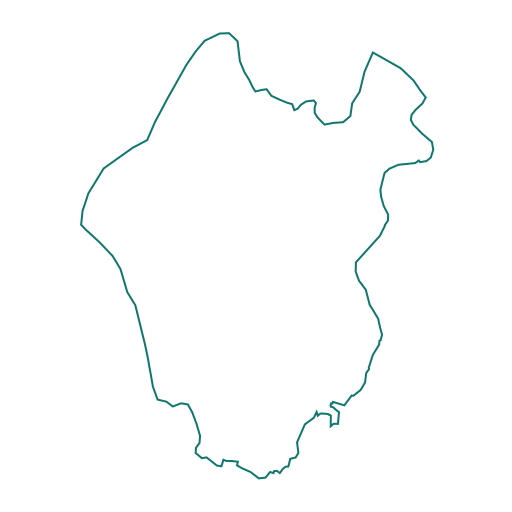 the district of Owensgrove, Grand Bassa, Liberia, rotated 181°
{"feature_id": "62588387B80284911734552", "entity_name": "Owensgrove", "entity_type": "district", "adm_level": 2, "iso_a3": "LBR", "parent_name": "Liberia", "parent_adm1": "Grand Bassa", "projection": "natural_earth1", "projection_center": [-10.306, 6.196], "detail": "fine", "context": "isolated", "style": "outline", "palette": "teal", "viewbox_px": 512, "rotation_deg": 181, "n_neighbors": 0, "source": "geoboundaries", "source_scale": "gbopen_adm2", "svg_char_len": 2581}
<svg xmlns="http://www.w3.org/2000/svg" viewBox="0 0 512 512"><g transform="rotate(181 256 256)"><path d="M234.7,39.2L234.2,41.2L231.4,41.6L229.4,40.1L228.4,39.4L226.1,42.6L225.6,43.5L222.8,45.8L220.0,46.1L219.7,47.3L218.2,53.8L212.9,55.2L210.2,59.8L211.7,70.4L209.2,76.4L204.2,88.5L195.3,95.3L192.7,101.1L191.8,98.4L191.4,97.4L190.7,98.1L189.4,99.2L187.9,99.7L186.5,99.6L184.1,99.5L181.1,99.2L180.3,98.5L179.6,98.5L178.4,97.7L178.3,87.1L175.5,89.6L171.1,89.6L170.8,94.6L170.3,101.3L172.8,103.1L175.6,105.6L177.0,106.5L178.4,106.6L178.4,107.0L178.8,107.5L178.8,108.2L178.3,110.0L177.1,109.8L176.4,111.5L173.5,110.6L169.3,109.4L165.1,108.2L157.9,118.2L156.3,117.9L151.4,121.9L149.2,123.7L144.8,131.3L143.7,141.0L141.0,144.9L141.2,145.7L141.3,146.2L138.2,156.7L137.4,159.2L131.4,169.5L131.0,173.5L129.9,174.0L129.2,176.9L128.6,179.5L130.4,185.6L132.8,195.5L136.6,201.6L139.2,205.7L141.5,209.2L145.6,224.1L152.6,233.1L154.7,238.6L156.1,242.4L156.0,245.7L156.0,251.0L156.0,251.4L137.4,272.7L132.7,278.0L127.7,288.3L127.8,289.0L124.7,293.7L124.6,298.7L124.6,299.7L129.2,308.3L131.9,317.3L132.1,318.9L132.8,324.5L132.3,326.5L131.3,331.1L128.9,341.3L124.2,345.6L117.9,348.5L115.3,349.7L98.4,351.7L94.9,354.3L93.5,352.7L87.2,353.9L84.7,356.0L83.0,357.4L80.6,365.4L82.1,373.0L92.0,381.2L97.7,386.8L101.0,390.0L103.6,394.9L102.9,399.9L100.3,403.2L99.3,404.6L98.4,405.5L92.1,411.6L89.1,417.5L94.3,424.0L101.5,434.2L114.5,446.2L139.9,460.0L142.7,461.5L150.7,442.1L155.2,422.1L162.5,410.3L164.1,397.5L171.3,391.3L181.1,390.4L189.7,388.6L192.1,390.8L195.3,394.0L197.0,395.8L199.8,400.1L200.0,405.3L198.7,409.9L201.0,412.5L208.6,411.4L213.9,407.9L216.9,404.0L220.2,402.5L222.5,408.5L227.6,409.8L235.3,412.8L243.4,416.4L248.3,422.9L252.4,422.3L259.5,420.5L262.3,424.8L265.9,432.0L270.8,439.6L275.5,450.5L278.2,470.4L286.8,478.3L296.2,477.8L311.1,470.3L319.8,459.6L328.8,446.1L339.9,425.5L347.0,412.4L350.4,405.7L356.3,394.1L359.3,388.3L366.8,370.0L376.0,364.9L381.7,361.8L382.5,361.1L390.1,355.5L409.9,340.8L424.8,315.5L425.7,312.4L430.2,298.1L431.1,287.4L431.4,284.2L426.7,279.4L412.6,266.9L411.4,265.7L399.4,253.5L393.9,244.8L391.2,240.4L384.1,217.7L375.8,204.7L365.3,165.1L362.1,150.9L360.7,143.5L358.7,133.5L356.8,123.6L351.9,110.8L350.5,110.4L343.1,108.8L336.5,104.1L328.4,107.4L321.5,106.4L316.9,98.3L312.6,87.3L308.8,75.3L309.2,68.1L312.7,63.1L312.9,57.9L306.5,52.9L302.0,53.8L291.5,45.8L286.9,45.2L285.0,51.7L282.4,50.6L276.9,50.6L271.5,50.1L270.6,50.0L271.3,46.3L266.2,43.5L257.8,40.0L249.3,33.7L242.6,34.6L238.1,40.3L234.7,39.2Z" fill="none" stroke="#0f766e" stroke-width="2"/></g></svg>